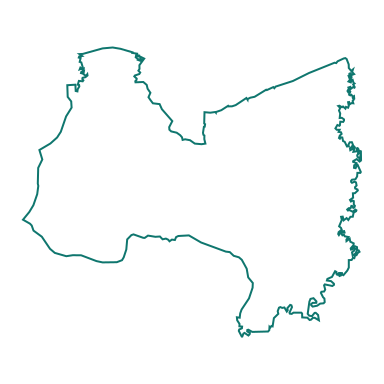 Aceh Utara, Aceh, Indonesia
{"feature_id": "22746128B43339434023645", "entity_name": "Aceh Utara", "entity_type": "district", "adm_level": 2, "iso_a3": "IDN", "parent_name": "Indonesia", "parent_adm1": "Aceh", "projection": "natural_earth1", "projection_center": [97.205, 4.994], "detail": "fine", "context": "isolated", "style": "outline", "palette": "teal", "viewbox_px": 384, "rotation_deg": 0, "n_neighbors": 0, "source": "geoboundaries", "source_scale": "gbopen_adm2", "svg_char_len": 5927}
<svg xmlns="http://www.w3.org/2000/svg" viewBox="0 0 384 384"><path d="M346.6,59.0L345.3,58.1L343.6,58.5L337.6,61.3L336.2,63.1L334.6,62.7L309.0,73.0L292.9,81.0L275.6,86.6L274.3,88.2L273.3,87.1L266.8,90.1L266.2,89.7L254.6,96.8L250.3,97.7L247.7,99.0L247.6,99.8L246.4,98.0L235.7,105.1L232.1,106.3L227.9,106.4L228.9,105.3L221.3,110.2L216.0,112.0L215.9,112.7L215.3,112.0L210.3,112.7L204.5,112.2L204.2,123.5L205.1,124.2L204.7,126.7L203.9,126.8L203.0,132.8L203.4,134.8L204.4,135.5L204.3,139.1L205.4,143.6L201.6,144.2L194.8,143.6L190.0,140.2L185.1,139.3L182.6,139.9L182.0,137.3L180.2,135.2L176.7,132.7L171.2,131.4L169.4,129.7L169.2,127.1L172.3,121.1L161.9,109.2L159.6,104.1L152.9,103.3L150.4,100.0L148.5,97.2L150.4,92.8L147.6,88.7L146.7,84.9L143.3,82.0L135.5,82.3L135.3,81.2L136.5,79.9L136.7,78.6L134.3,76.4L134.9,75.5L139.3,74.0L140.2,72.5L138.4,70.7L139.5,68.9L139.4,65.2L144.2,58.6L139.1,56.1L139.2,54.6L138.9,56.4L141.0,57.4L140.0,59.1L141.4,59.6L140.8,60.9L137.6,59.8L137.8,58.8L135.7,57.3L136.1,55.5L137.4,56.0L137.2,53.7L132.3,52.9L132.5,52.3L120.5,48.8L112.7,47.5L102.6,48.4L82.9,53.9L79.5,54.1L82.1,56.0L79.2,56.5L78.8,57.6L80.6,58.1L79.7,61.9L81.3,62.4L82.8,67.5L82.0,68.8L80.4,67.6L79.7,69.4L81.1,68.9L82.7,69.8L83.7,69.0L83.5,71.3L81.3,72.0L81.0,73.1L81.8,73.3L83.8,71.8L83.4,74.1L86.0,75.9L87.3,74.2L87.5,75.5L85.4,77.2L82.6,77.8L82.3,79.0L83.4,80.3L82.7,81.3L78.9,80.9L77.8,84.7L79.1,85.0L79.3,86.5L77.7,89.2L77.4,91.4L75.7,91.0L75.4,84.7L67.3,85.2L67.7,96.9L71.2,101.4L71.6,107.6L66.1,116.4L60.8,131.8L57.1,137.5L50.4,143.5L39.4,150.0L42.3,159.5L38.2,167.9L37.8,183.6L38.3,185.9L37.2,194.2L33.4,205.2L29.3,212.0L23.0,219.7L30.0,223.7L31.7,225.5L33.5,230.6L41.8,236.7L50.0,248.8L54.8,252.9L66.3,256.2L72.8,255.2L81.2,255.3L96.5,261.1L102.6,262.4L116.8,262.2L122.0,260.2L123.7,257.4L126.3,249.5L127.2,239.4L131.4,235.1L133.5,234.4L143.2,237.8L144.7,237.9L148.0,235.6L155.4,236.8L159.9,236.5L162.6,239.3L165.9,238.6L168.2,239.7L169.5,241.3L171.9,239.6L174.9,240.0L176.1,237.1L178.3,236.0L188.9,235.4L201.1,242.5L225.8,251.6L229.8,252.1L233.7,255.8L238.9,257.3L241.8,259.8L246.7,268.7L248.2,277.4L252.8,283.0L252.6,287.7L249.0,298.4L241.6,309.5L240.2,313.4L239.7,317.7L236.9,317.3L237.2,320.3L239.5,323.9L239.4,326.3L242.1,326.6L241.9,328.3L239.2,329.5L238.8,330.9L241.7,336.5L242.3,336.5L243.4,333.6L244.5,332.9L248.4,335.5L249.6,334.3L249.9,333.0L247.2,331.4L247.3,330.0L248.3,329.7L252.3,331.9L268.1,331.5L269.3,330.1L269.5,326.9L270.2,327.7L271.4,326.0L272.6,326.4L273.9,318.1L278.3,313.8L277.7,311.2L279.0,307.7L280.3,307.1L282.2,307.9L284.4,307.5L286.8,311.6L287.7,310.4L287.4,308.1L290.2,304.9L291.4,305.3L292.0,307.1L289.5,312.6L289.8,313.6L291.7,313.9L293.4,312.7L301.3,312.7L302.1,313.5L302.2,317.4L307.4,317.7L309.6,320.0L311.0,319.7L312.9,317.8L314.7,317.8L318.9,320.3L318.1,315.0L315.7,312.8L314.6,312.9L312.0,316.1L309.2,315.7L307.7,313.8L309.4,301.6L310.5,298.9L313.5,298.2L316.4,301.4L316.3,302.8L312.6,302.9L311.1,304.2L311.2,305.2L312.7,306.6L317.2,305.7L320.2,303.6L323.6,303.3L324.7,302.1L324.4,298.5L323.1,297.3L320.9,292.9L321.4,291.8L324.1,291.5L325.2,289.6L324.1,285.3L324.8,284.4L332.3,286.0L334.0,284.8L333.9,283.7L331.0,281.1L326.9,280.5L327.4,278.9L332.0,276.9L335.1,271.2L336.4,271.9L336.4,273.8L337.2,274.7L338.9,273.0L340.0,273.0L340.2,274.3L339.1,275.4L339.5,276.0L341.0,275.4L341.8,272.3L342.3,274.7L343.4,275.2L347.3,270.6L348.8,267.6L348.8,260.1L351.6,260.0L353.0,257.9L354.3,258.2L355.1,255.4L356.5,255.2L357.8,252.9L359.5,251.8L358.7,250.4L357.0,250.2L355.6,253.3L352.7,255.7L352.0,252.3L354.1,250.7L354.9,248.8L357.1,249.0L357.0,247.1L355.1,246.3L352.2,249.4L351.0,249.6L350.7,248.4L353.5,245.1L353.7,243.4L350.3,241.7L349.7,238.7L346.5,241.1L346.4,239.6L348.4,237.0L344.7,236.3L343.9,234.6L342.4,235.3L341.7,234.2L341.8,232.5L344.5,232.4L344.1,231.1L341.1,231.6L338.9,235.1L338.2,234.0L338.7,232.1L341.7,229.7L341.0,227.9L339.1,226.3L341.8,219.9L341.1,216.8L342.7,216.6L343.7,220.3L346.6,218.1L348.3,220.0L350.4,216.8L352.8,216.7L353.6,212.7L356.1,211.2L356.4,210.3L355.4,209.6L352.6,211.7L349.5,210.1L347.9,210.5L347.2,209.5L348.7,208.2L350.6,208.1L351.4,205.9L352.3,206.1L353.3,207.9L354.3,207.5L354.9,205.9L353.8,204.5L353.8,201.1L352.7,200.6L350.9,201.5L350.0,199.9L353.1,197.7L352.9,193.3L354.9,193.2L357.8,190.5L357.5,189.5L355.2,188.5L355.0,187.2L356.6,185.5L356.0,182.4L354.6,181.7L352.0,182.8L351.1,181.9L351.1,180.8L352.0,179.7L355.4,179.3L357.1,176.5L357.4,172.9L360.3,172.9L360.8,172.0L357.6,164.8L357.0,164.8L355.6,168.2L354.0,167.8L354.2,165.3L356.5,164.0L356.6,163.2L353.1,161.8L353.2,161.1L356.7,159.1L359.6,161.6L360.5,160.9L359.4,158.2L357.5,156.8L357.2,155.2L358.7,153.4L360.1,153.2L360.8,153.9L360.2,156.8L361.0,158.0L360.9,151.3L359.7,150.9L358.2,152.0L358.5,149.3L357.6,148.1L356.7,148.4L356.9,151.3L353.4,151.8L354.8,147.3L354.0,146.4L352.4,149.1L350.3,150.2L350.0,148.3L351.8,146.8L352.9,144.7L351.9,142.2L349.7,142.3L348.4,144.8L348.8,146.3L347.0,146.5L344.7,141.8L343.1,141.1L342.3,137.5L340.8,137.3L339.9,138.7L339.0,138.0L339.8,135.6L341.6,133.9L341.0,132.3L338.6,131.9L339.6,129.8L336.8,129.8L335.4,128.4L337.4,125.0L339.4,125.8L339.9,125.3L340.3,121.7L343.2,121.9L344.0,120.6L344.0,119.4L341.8,117.8L339.7,118.0L340.2,113.4L339.0,110.5L340.2,107.9L338.3,106.0L339.4,105.7L342.0,107.2L343.0,106.5L345.4,108.6L346.0,106.9L348.1,107.7L348.8,105.8L348.1,102.2L349.1,102.0L349.9,104.2L351.6,103.1L353.3,103.3L352.6,101.0L353.7,99.7L353.0,98.3L354.2,98.3L354.0,96.1L352.9,96.7L351.4,94.8L350.3,95.4L349.1,94.7L350.0,92.4L348.5,92.6L347.5,91.0L348.6,89.0L349.2,90.8L349.7,90.6L348.4,87.5L350.3,86.9L350.5,89.1L353.0,87.2L354.4,87.7L354.7,87.1L353.2,84.5L354.5,83.5L353.5,82.8L352.6,79.7L351.5,80.0L350.8,82.4L348.5,81.5L350.0,79.7L348.7,76.2L349.8,76.3L351.0,78.2L351.6,77.2L351.1,75.6L349.3,74.8L349.4,73.7L350.3,73.3L352.0,74.9L354.1,74.1L352.1,72.0L352.9,69.5L351.2,70.9L348.8,68.0L348.7,64.4L346.6,59.0Z" fill="none" stroke="#0f766e" stroke-width="2"/></svg>